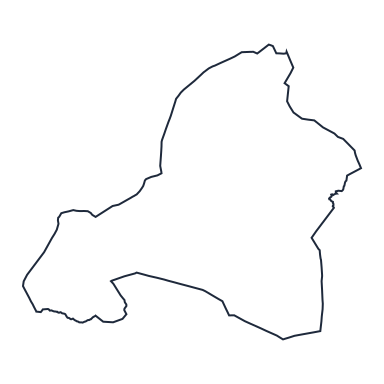 the district of Santo Tomás Ocotepec, Oaxaca, Mexico
{"feature_id": "50627088B23444844999779", "entity_name": "Santo Tomás Ocotepec", "entity_type": "district", "adm_level": 2, "iso_a3": "MEX", "parent_name": "Mexico", "parent_adm1": "Oaxaca", "projection": "orthographic", "projection_center": [-97.795, 17.12], "detail": "fine", "context": "isolated", "style": "outline", "palette": "slate", "viewbox_px": 384, "rotation_deg": 0, "n_neighbors": 0, "source": "geoboundaries", "source_scale": "gbopen_adm2", "svg_char_len": 3795}
<svg xmlns="http://www.w3.org/2000/svg" viewBox="0 0 384 384"><path d="M347.1,175.6L350.4,173.8L357.4,170.1L361.0,168.2L359.4,164.3L357.7,160.6L355.7,155.3L355.0,152.8L354.6,150.5L343.2,138.9L337.9,136.9L334.4,133.5L323.0,127.4L314.3,120.4L307.9,119.6L302.0,118.7L293.5,112.5L289.7,106.4L287.1,101.3L288.7,86.2L284.6,83.2L290.5,73.2L293.3,67.6L290.4,60.8L286.6,51.7L286.3,53.3L283.7,53.7L279.6,53.4L276.3,53.3L272.9,46.1L271.2,45.4L268.8,44.6L259.1,52.1L257.2,53.5L253.3,51.8L249.3,51.9L244.2,52.1L241.7,52.2L234.7,56.5L230.3,58.6L220.7,62.9L214.9,65.6L212.6,66.4L208.8,68.4L203.5,72.4L201.2,74.6L198.4,77.2L194.4,80.9L183.8,89.6L180.8,92.6L178.5,95.8L177.3,97.3L176.1,98.8L175.2,101.9L174.4,104.4L173.0,108.8L170.8,115.8L169.7,118.8L168.5,121.8L165.9,129.0L164.3,133.7L162.0,140.1L161.6,141.8L161.5,146.5L161.2,151.8L160.9,156.3L160.2,165.9L161.3,171.6L161.5,173.3L157.4,175.4L151.3,176.9L146.1,179.1L144.9,180.5L144.0,183.7L143.2,186.0L142.0,187.9L139.7,191.2L136.6,194.5L135.6,195.0L134.0,196.0L132.6,196.7L130.3,198.1L127.1,199.9L124.3,201.5L119.7,204.1L118.6,204.7L112.6,206.0L95.6,216.9L93.1,215.4L92.1,214.7L90.8,213.0L87.8,211.2L84.0,211.0L80.1,211.1L76.4,210.8L73.3,210.1L71.8,210.5L68.5,211.4L64.3,212.3L61.3,213.2L59.8,215.8L59.2,216.8L58.2,217.7L57.9,220.3L58.5,223.8L56.8,229.7L54.6,233.8L51.9,238.1L44.1,252.2L27.1,274.8L23.7,281.3L23.0,286.1L24.5,289.0L29.2,297.8L31.0,301.5L32.6,304.1L33.5,305.9L33.5,306.0L36.2,311.2L36.3,311.6L39.1,311.9L40.8,312.1L42.0,310.6L42.8,309.4L48.0,309.0L49.2,309.7L49.3,310.0L49.8,310.6L51.5,310.4L52.4,310.8L53.6,311.3L54.2,311.4L54.8,311.5L55.3,311.5L56.1,311.6L56.8,311.9L57.4,311.8L58.1,312.5L58.7,312.7L59.2,312.7L59.5,312.5L60.7,312.2L61.3,312.7L62.1,313.3L63.3,313.5L64.3,313.7L65.0,314.0L65.4,314.3L65.6,314.7L66.1,315.7L66.5,316.2L66.7,316.7L67.5,317.7L68.0,317.9L68.6,317.9L68.8,317.9L69.7,318.4L70.4,319.0L70.8,319.2L71.1,319.2L71.6,319.2L72.4,318.8L72.6,318.7L73.1,318.7L73.3,319.0L75.0,320.3L75.9,320.7L76.7,321.2L77.0,321.4L77.5,321.4L78.1,321.6L78.4,321.8L78.8,322.0L79.1,322.3L79.9,322.4L81.8,322.4L82.1,322.5L82.5,322.6L82.9,322.5L83.9,322.0L84.5,321.7L85.1,321.6L85.5,321.5L86.1,321.2L86.4,321.0L87.1,320.5L87.9,320.1L88.5,320.0L88.9,320.1L89.2,320.0L89.7,319.7L90.0,319.6L90.5,319.2L91.0,319.2L92.6,317.5L92.9,317.2L93.6,316.9L94.0,316.6L94.4,316.3L95.4,316.0L95.6,315.7L103.2,321.7L113.1,322.3L122.5,318.9L126.4,314.2L124.3,310.2L124.3,309.6L124.5,308.6L126.4,306.0L126.3,304.4L125.4,303.1L124.9,302.4L124.6,301.1L124.5,300.1L122.4,297.6L121.7,296.7L120.7,295.5L113.4,283.8L111.0,281.2L111.8,280.7L124.4,276.3L128.8,275.1L135.1,273.4L136.6,272.6L141.8,274.0L145.5,275.0L148.7,275.9L154.0,277.1L156.7,277.7L164.0,279.5L168.1,280.7L174.2,282.3L179.3,283.7L188.8,286.2L194.0,287.6L202.6,289.9L205.1,291.1L213.4,296.0L218.5,299.0L222.4,301.2L225.7,308.3L227.6,312.2L229.1,315.4L234.2,315.3L244.9,321.2L250.2,323.6L261.2,328.5L266.3,330.9L276.9,335.6L279.1,337.0L283.0,339.4L284.9,338.8L288.9,337.6L294.5,335.8L302.7,334.3L313.9,332.3L320.3,331.1L321.4,321.5L321.8,316.2L322.6,309.2L322.8,303.7L322.5,299.8L322.1,290.4L321.6,281.1L322.1,276.3L322.1,275.1L321.6,267.3L321.0,259.9L320.6,258.6L320.1,255.0L319.9,252.9L319.7,250.2L318.4,248.9L316.3,245.5L311.6,237.8L316.2,231.2L333.9,207.8L333.6,207.1L332.8,206.5L332.9,205.7L333.5,205.1L333.3,203.4L332.9,203.0L332.9,201.8L331.3,201.1L330.2,199.5L329.3,199.3L329.1,198.5L329.4,198.2L329.8,197.6L330.3,197.4L330.7,197.1L331.3,196.8L331.7,196.0L331.2,194.6L332.2,194.3L333.3,195.0L334.3,194.3L335.6,193.7L336.7,193.6L335.8,192.8L335.8,191.3L336.6,191.1L337.1,191.3L338.1,190.7L339.1,190.8L340.1,190.9L341.7,191.1L342.8,190.1L343.0,189.7L343.3,189.2L343.8,186.3L344.3,185.9L344.4,185.6L345.0,182.6L345.5,181.4L346.4,180.6L347.1,175.6Z" fill="none" stroke="#1e293b" stroke-width="2"/></svg>